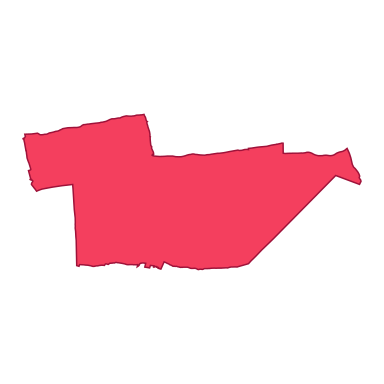 the district of Secu, Dolj, Romania
{"feature_id": "2599482B59560805166375", "entity_name": "Secu", "entity_type": "district", "adm_level": 2, "iso_a3": "ROU", "parent_name": "Romania", "parent_adm1": "Dolj", "projection": "natural_earth1", "projection_center": [23.29, 44.48], "detail": "fine", "context": "isolated", "style": "filled", "palette": "rose", "viewbox_px": 384, "rotation_deg": 0, "n_neighbors": 0, "source": "geoboundaries", "source_scale": "gbopen_adm2", "svg_char_len": 5920}
<svg xmlns="http://www.w3.org/2000/svg" viewBox="0 0 384 384"><path d="M359.5,184.4L360.4,182.6L361.0,181.4L360.7,180.0L359.6,178.5L359.2,177.6L359.4,177.0L359.7,176.1L358.9,173.9L357.9,172.1L356.7,170.5L355.2,168.6L353.6,167.1L352.3,164.4L350.8,157.8L349.3,153.2L348.7,151.9L347.1,148.4L346.4,148.9L345.5,149.8L343.7,150.9L342.5,151.4L341.2,151.7L339.3,152.1L338.3,152.5L337.3,152.9L336.6,153.2L335.6,153.9L334.5,154.6L333.5,155.1L332.1,155.5L330.3,155.7L329.1,155.6L327.8,155.4L326.2,155.2L324.4,155.3L323.5,155.4L322.7,155.6L320.8,155.7L318.3,155.7L316.9,155.4L315.4,155.0L313.5,154.2L312.4,153.5L311.0,152.9L309.8,152.5L308.8,152.3L307.7,152.3L306.9,152.3L305.5,152.7L304.4,152.9L303.4,153.0L302.4,153.1L301.5,153.0L300.1,153.1L298.3,153.2L296.2,153.2L294.5,153.2L293.1,153.2L290.7,153.3L289.0,153.3L286.6,153.4L285.4,153.5L284.5,153.4L283.5,153.3L283.2,153.2L283.1,143.2L281.9,143.1L280.5,143.5L279.4,143.7L277.1,144.3L276.9,144.1L276.2,144.4L271.7,145.1L270.0,145.5L266.9,146.3L263.7,146.6L259.2,147.0L256.7,147.3L251.6,148.1L248.4,148.4L248.5,149.6L246.9,149.4L244.8,149.5L241.8,150.3L239.3,150.5L238.3,150.2L237.9,150.1L233.9,150.8L229.9,151.5L226.0,152.3L223.2,152.8L219.1,153.3L217.4,153.3L214.9,153.7L211.4,154.2L209.4,154.6L207.1,154.7L204.8,155.2L200.9,155.0L198.7,154.8L197.1,154.5L195.2,154.4L193.8,154.0L192.4,154.0L190.3,154.5L189.8,154.5L188.6,154.7L186.8,155.2L185.5,155.7L183.3,156.3L181.3,156.7L178.9,156.8L175.8,156.7L172.8,156.1L169.3,156.1L167.1,156.1L164.8,156.3L162.5,156.4L159.7,156.5L154.5,156.1L153.8,155.9L152.7,155.6L152.1,155.2L152.5,154.4L152.9,154.5L153.4,154.5L153.7,154.3L153.6,153.6L153.4,152.3L151.6,148.4L151.7,146.6L150.8,145.5L150.3,140.7L150.1,137.5L150.4,136.8L149.8,136.2L150.0,135.2L149.8,133.3L149.4,131.2L149.0,130.1L148.3,128.0L147.9,126.8L147.6,125.4L146.9,123.4L146.8,122.2L147.3,121.6L147.0,121.5L146.3,120.5L146.0,119.6L145.8,118.6L145.4,117.2L145.1,116.7L144.8,116.4L144.0,114.4L141.5,114.9L140.5,114.9L138.9,115.1L137.6,115.1L136.3,115.2L134.9,115.7L133.9,115.9L132.6,116.0L131.1,116.2L128.4,116.1L127.5,116.0L126.2,115.9L125.0,116.2L123.6,116.5L122.0,117.0L120.1,117.9L119.6,118.0L118.3,118.0L114.8,118.7L113.6,118.8L112.3,118.8L111.6,118.9L109.7,119.6L108.3,120.3L106.8,121.0L106.1,121.3L104.1,121.8L102.4,122.2L100.9,122.3L99.8,122.7L98.5,122.9L95.4,123.2L91.2,123.7L89.3,124.0L88.9,124.1L87.9,124.1L87.2,124.2L86.1,124.4L84.7,124.6L84.0,124.6L83.4,124.7L82.1,125.4L81.0,126.3L80.5,126.6L79.6,127.0L78.2,127.3L76.8,127.5L73.6,127.5L72.2,127.6L71.3,127.6L70.0,127.7L69.1,127.7L67.6,127.8L63.0,128.6L62.4,128.8L61.9,129.2L59.8,130.1L59.0,130.6L58.3,130.9L57.6,131.1L55.5,131.4L53.4,132.1L50.2,132.8L49.6,132.9L49.2,133.0L47.7,133.8L46.2,134.3L45.6,134.3L45.1,134.2L43.2,134.6L42.4,134.7L40.8,134.8L39.8,134.6L38.8,133.9L37.9,133.4L37.4,133.2L35.4,133.5L31.5,134.0L28.3,134.1L25.6,134.2L24.8,134.2L25.1,135.5L25.4,136.4L25.0,137.0L24.7,137.7L24.3,138.0L23.5,138.3L23.1,138.5L23.0,138.8L23.9,139.3L23.9,139.8L24.0,140.0L24.0,140.4L24.6,142.9L25.1,145.9L25.8,149.8L25.9,150.7L26.2,150.7L26.4,152.4L26.5,153.6L26.6,153.9L26.6,154.3L26.8,155.5L26.9,156.1L26.9,156.7L27.0,157.4L27.1,158.1L27.7,159.9L28.5,162.1L28.6,162.4L28.9,162.9L30.6,168.5L30.8,169.3L30.7,169.7L30.3,170.0L28.9,170.5L28.5,170.6L28.7,171.4L29.1,172.9L30.6,178.5L30.9,178.9L30.5,179.1L30.2,179.3L30.1,179.5L30.6,179.8L30.8,179.9L31.4,180.1L32.2,180.2L32.4,180.4L32.7,180.7L32.8,181.1L32.7,181.6L32.3,182.1L31.8,182.9L31.7,183.1L31.6,183.5L31.5,183.8L31.4,184.1L31.5,184.5L32.0,185.2L33.2,186.7L34.0,187.8L34.5,188.4L34.7,188.6L36.6,191.2L38.4,190.4L40.0,189.8L42.0,189.1L46.1,188.3L52.6,187.1L62.0,185.7L70.8,184.7L72.7,184.5L72.8,186.3L73.0,188.5L74.3,209.7L75.2,217.9L75.3,222.3L75.2,224.5L75.3,226.0L75.2,228.1L75.6,231.3L75.9,236.9L76.2,240.3L76.7,265.3L76.7,265.6L79.0,266.3L79.6,264.6L81.1,264.7L83.5,264.8L85.9,265.1L87.8,265.2L89.3,265.5L90.9,265.8L91.8,266.1L92.9,266.4L94.0,266.4L95.3,266.1L96.9,265.8L97.7,265.9L99.2,265.5L101.7,265.2L103.4,265.3L104.5,265.4L104.9,264.6L105.3,264.1L105.7,263.9L106.3,263.9L108.0,264.4L108.4,264.4L109.2,263.7L109.7,263.3L112.2,263.1L113.9,262.9L114.2,263.0L114.7,262.9L115.8,262.4L116.6,262.5L117.4,262.7L118.1,262.7L121.2,263.2L122.8,263.5L124.7,263.9L126.8,264.6L128.1,264.7L129.8,264.6L132.6,264.6L133.8,264.8L134.7,264.7L136.2,264.8L136.9,264.6L137.7,264.6L137.4,266.3L137.3,266.7L138.5,265.9L139.0,265.4L139.3,264.8L139.7,264.0L139.9,263.7L140.3,263.4L141.1,263.2L142.1,263.0L142.8,263.0L143.5,263.0L144.2,263.1L145.7,263.3L144.8,267.1L149.6,267.9L150.4,265.4L153.9,265.8L153.6,266.7L154.1,266.7L154.1,267.1L154.7,266.9L154.8,266.4L156.7,266.6L156.6,267.2L158.4,267.5L158.1,268.2L159.4,268.7L160.9,269.1L164.1,261.9L164.4,262.0L165.2,262.3L165.8,262.6L166.1,262.7L166.8,263.1L167.3,263.4L167.7,263.5L168.3,263.7L168.9,264.1L169.3,264.3L169.6,264.6L170.0,264.8L170.5,265.0L170.9,265.1L171.5,265.4L172.0,265.6L172.4,266.0L172.9,266.2L173.2,266.3L173.8,266.2L174.0,266.2L174.7,266.3L175.0,266.4L175.3,266.4L176.3,266.3L176.9,266.4L177.6,266.7L178.6,266.9L179.7,267.2L180.5,267.4L181.3,267.3L181.9,267.3L182.7,267.3L183.3,267.2L184.0,267.2L186.3,267.2L187.1,267.2L187.8,267.3L188.5,267.5L189.5,267.9L190.3,268.2L190.7,268.3L191.2,268.4L191.8,268.4L192.5,268.4L193.1,268.4L194.0,268.3L194.7,268.3L195.4,268.4L196.0,268.5L196.4,268.7L196.8,268.9L197.5,269.3L198.0,269.5L198.4,269.6L199.3,269.4L199.9,269.2L200.6,269.2L201.6,269.3L202.0,269.4L202.6,269.4L203.1,269.2L204.0,268.8L204.5,268.6L206.0,268.6L207.4,268.6L208.4,268.5L209.5,268.5L210.9,268.3L212.1,268.2L213.0,268.2L214.1,268.1L215.2,268.2L216.4,268.2L218.1,268.1L219.8,268.1L221.5,268.1L222.8,268.0L224.8,267.9L226.1,267.8L227.2,267.9L227.8,267.9L228.9,267.5L230.1,267.2L231.1,267.0L232.9,267.0L234.0,266.9L235.7,266.9L237.2,267.0L237.3,266.9L248.5,263.7L250.0,262.0L251.1,260.8L255.8,256.2L261.5,250.2L273.1,239.0L335.7,175.5L359.5,184.4Z" fill="#f43f5e" stroke="#9f1239" stroke-width="1.5"/></svg>